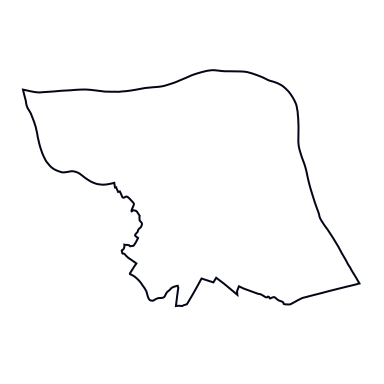 outline of Thi xa Cao Lanh, Ðong Tháp, Vietnam, rotated 172°
{"feature_id": "81297802B60372874404879", "entity_name": "Thi xa Cao Lanh", "entity_type": "district", "adm_level": 2, "iso_a3": "VNM", "parent_name": "Vietnam", "parent_adm1": "Ðong Tháp", "projection": "albers", "projection_center": [105.634, 10.46], "detail": "fine", "context": "isolated", "style": "outline", "palette": "ink", "viewbox_px": 384, "rotation_deg": 172, "n_neighbors": 0, "source": "geoboundaries", "source_scale": "gbopen_adm2", "svg_char_len": 5620}
<svg xmlns="http://www.w3.org/2000/svg" viewBox="0 0 384 384"><g transform="rotate(172 192 192)"><path d="M76.4,262.2L76.5,263.0L76.8,264.8L77.6,267.6L78.4,269.9L79.5,272.6L81.0,275.6L82.4,278.1L83.9,280.1L85.9,282.6L87.3,284.1L88.8,285.5L91.8,287.6L93.7,288.7L96.5,290.1L99.1,291.2L101.0,292.2L104.0,294.3L106.9,296.2L111.4,298.7L116.5,301.3L121.2,303.3L121.5,303.3L124.2,304.1L128.2,304.8L137.8,306.3L142.0,306.9L145.1,307.5L149.3,308.6L152.1,309.3L154.0,309.7L156.1,309.9L158.4,309.9L160.4,309.9L165.4,309.4L166.9,309.2L171.6,308.5L175.8,307.7L180.3,306.4L184.0,305.4L188.6,304.2L190.4,303.7L191.9,303.3L194.4,302.7L199.6,301.8L203.1,301.2L205.5,300.9L208.1,300.8L210.5,300.8L214.9,301.1L219.3,301.3L224.1,301.5L228.9,301.3L233.6,301.1L238.3,301.0L241.5,301.0L244.6,301.1L247.2,301.3L250.6,301.4L251.0,301.5L252.4,301.7L254.4,302.0L259.0,302.7L261.7,303.1L264.5,303.6L271.1,305.4L277.9,307.2L282.5,308.2L287.9,308.9L293.7,309.4L297.4,309.6L298.9,309.7L306.9,310.4L310.6,310.6L314.8,310.8L321.7,311.3L327.0,311.7L329.4,311.8L331.5,312.3L334.0,312.9L337.5,314.1L342.9,316.1L345.1,316.9L345.0,315.4L344.6,311.6L343.9,305.4L343.9,303.2L343.7,300.7L343.4,299.0L342.8,297.2L341.8,295.0L341.0,293.1L340.5,291.5L340.0,289.3L339.2,286.0L338.5,282.8L337.9,279.1L337.6,277.3L337.5,275.2L337.2,272.1L337.1,267.6L336.8,264.6L336.6,262.1L336.2,258.5L335.7,255.5L335.0,252.0L334.5,249.8L333.8,247.5L332.7,244.1L331.7,241.9L330.3,239.7L329.2,237.9L328.1,236.4L326.6,234.8L325.2,233.6L324.0,232.8L322.1,231.6L320.3,230.7L318.5,229.8L318.2,229.7L317.3,229.4L315.5,229.2L311.9,229.2L309.0,229.4L308.3,229.3L307.9,229.3L307.0,229.1L305.8,228.7L304.7,228.3L302.9,227.4L301.7,226.6L300.6,225.7L298.2,223.3L296.1,221.1L293.6,218.8L291.1,216.7L289.0,215.3L286.9,214.1L285.0,213.2L282.5,212.4L280.0,211.8L277.9,211.5L275.9,211.4L273.6,211.4L269.1,211.7L267.7,211.9L267.7,210.8L267.6,207.2L266.4,207.2L266.4,206.5L266.1,205.6L265.1,202.3L263.4,202.6L262.7,200.4L261.7,196.7L261.2,196.2L260.8,195.9L260.4,195.9L259.9,195.9L259.3,196.2L258.7,196.4L258.0,196.6L257.3,196.5L256.6,196.2L256.0,195.6L254.6,193.9L252.5,190.9L251.7,189.6L251.2,188.7L251.2,188.3L251.3,187.7L252.2,186.0L253.7,183.7L254.5,181.9L254.6,181.4L254.5,181.2L254.4,181.2L254.2,181.3L253.3,181.9L252.9,182.1L252.5,182.1L252.0,181.9L250.7,181.4L249.9,180.9L249.5,180.6L249.2,180.0L248.5,178.6L247.8,177.0L247.2,175.9L247.1,175.7L247.4,174.9L247.6,174.4L247.7,174.0L247.6,173.6L247.6,173.2L247.6,172.9L247.7,172.5L247.9,171.8L247.8,171.4L247.6,170.8L247.2,170.1L246.4,169.0L246.1,168.4L246.0,167.8L246.0,167.3L246.2,166.5L246.7,165.6L247.4,164.5L248.3,163.7L249.1,163.3L249.9,162.7L250.8,161.6L251.0,161.1L251.1,160.6L251.3,160.3L251.5,160.0L252.1,159.5L253.5,158.4L254.2,157.5L254.4,157.0L254.4,156.8L254.3,156.5L253.3,155.4L251.8,154.0L254.5,150.1L255.0,149.5L255.8,148.7L256.4,147.8L256.9,147.4L257.4,147.1L257.8,146.8L259.3,147.0L259.8,146.9L260.2,146.9L260.7,146.8L260.8,146.9L261.1,147.3L261.7,147.8L261.8,148.1L262.7,148.3L263.4,148.6L264.0,148.8L264.5,148.8L265.2,148.9L265.7,148.9L266.0,149.0L266.3,149.2L266.4,148.6L266.5,147.6L266.8,146.6L267.4,145.5L267.8,145.0L268.4,144.5L269.1,144.3L269.5,144.0L269.8,143.7L269.7,143.4L269.6,142.7L269.6,141.7L269.5,141.0L269.1,140.6L268.5,140.6L268.0,140.4L267.6,140.1L267.0,139.4L266.1,137.9L265.2,136.9L264.3,135.7L264.0,135.5L263.6,135.1L263.3,134.8L262.2,133.9L261.2,132.9L258.8,130.7L257.0,129.0L259.6,126.2L263.3,121.8L264.1,120.9L264.7,120.0L264.9,119.6L264.8,119.3L264.4,119.0L263.7,118.6L262.6,117.8L261.5,117.0L260.3,115.9L259.4,114.9L258.3,113.6L256.8,111.6L255.9,110.2L254.8,108.3L254.3,107.0L253.2,105.0L252.2,103.1L251.3,100.7L251.0,100.0L250.8,98.5L250.3,94.7L249.9,93.0L249.7,92.3L248.9,91.0L248.6,90.7L248.2,90.4L247.6,90.2L246.4,89.9L245.6,89.8L245.2,89.9L244.7,90.2L243.4,90.7L242.4,91.1L240.4,91.6L239.8,91.6L238.7,91.5L236.6,91.3L235.9,91.3L235.4,91.4L234.6,91.7L234.1,92.0L233.5,92.5L232.9,93.4L232.2,94.4L231.4,95.5L230.4,96.5L227.9,98.0L226.6,99.0L226.3,99.4L225.1,100.0L224.8,100.2L223.6,100.5L222.6,100.8L221.4,100.9L220.4,101.0L219.2,101.1L219.1,100.0L218.9,99.0L219.3,97.8L221.3,90.6L223.8,81.3L223.4,81.3L222.9,81.3L221.2,81.2L220.5,81.1L219.5,80.9L218.5,80.6L217.8,80.5L217.4,80.5L216.7,80.8L216.1,81.0L214.4,81.3L213.5,81.4L212.6,81.7L212.3,82.0L205.9,90.0L205.1,91.0L199.4,98.5L194.6,105.0L183.4,99.5L180.0,103.7L174.8,98.5L173.2,96.9L167.2,90.3L161.4,83.9L161.3,86.9L160.9,88.1L159.7,90.2L158.7,92.1L156.7,90.8L154.6,89.4L152.6,88.3L149.6,86.7L143.4,83.4L141.2,82.2L140.1,81.8L138.6,81.3L137.7,80.8L136.8,80.1L134.6,78.3L133.7,77.6L133.2,77.4L132.9,77.3L132.5,77.3L132.1,77.4L131.4,77.8L131.1,77.7L130.5,77.5L130.3,77.1L130.0,76.3L129.8,75.9L129.6,75.7L129.4,75.7L128.5,76.0L127.0,76.4L125.9,76.5L125.4,76.5L125.1,76.4L124.6,76.1L123.8,75.2L122.9,74.1L121.4,72.7L120.4,72.1L119.0,71.4L117.8,70.7L117.1,70.1L116.9,69.7L116.9,69.3L116.9,68.8L116.8,68.5L116.6,68.3L115.9,68.0L114.5,67.6L112.6,67.3L111.4,67.1L110.3,67.1L109.6,67.3L101.9,70.2L98.4,71.4L97.3,71.7L93.7,72.1L87.8,72.8L77.7,73.9L72.8,74.5L67.5,75.1L60.0,75.9L52.3,76.7L45.9,77.3L42.9,77.6L40.2,78.0L38.9,78.1L41.8,85.2L44.6,91.6L46.1,95.6L47.5,98.5L49.2,103.3L52.0,110.1L54.7,117.5L59.0,127.5L62.9,135.8L65.8,141.2L66.7,143.3L67.9,145.8L68.5,147.4L68.7,147.8L69.2,150.1L69.3,152.3L69.8,155.0L70.7,159.1L71.8,164.6L72.9,171.0L73.7,176.0L74.2,179.2L74.5,181.5L74.8,184.1L75.3,188.9L75.7,194.9L75.9,197.5L76.3,200.8L76.8,203.9L77.7,208.0L78.5,211.7L79.5,218.0L79.8,220.9L79.9,223.3L79.7,227.0L78.7,233.5L77.5,241.4L77.1,245.0L76.6,250.0L76.5,252.8L76.2,257.0L76.4,260.1L76.4,262.2Z" fill="none" stroke="#020617" stroke-width="2"/></g></svg>